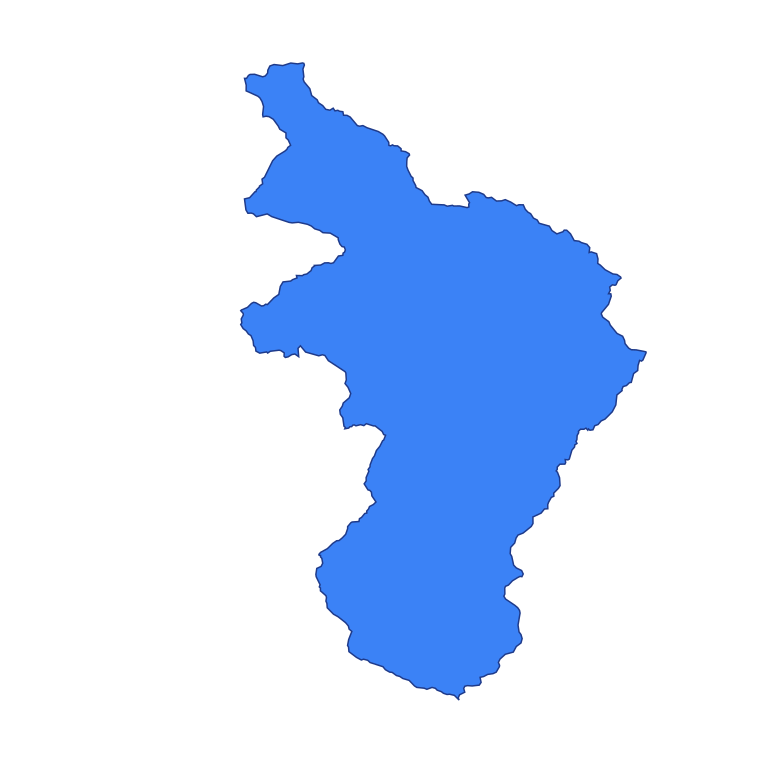 Dabeiba, Antioquia, Colombia, rotated 110°
{"feature_id": "7082276B69715084527622", "entity_name": "Dabeiba", "entity_type": "district", "adm_level": 2, "iso_a3": "COL", "parent_name": "Colombia", "parent_adm1": "Antioquia", "projection": "robinson", "projection_center": [-76.345, 6.943], "detail": "fine", "context": "isolated", "style": "filled", "palette": "blue", "viewbox_px": 768, "rotation_deg": 110, "n_neighbors": 0, "source": "geoboundaries", "source_scale": "gbopen_adm2", "svg_char_len": 6171}
<svg xmlns="http://www.w3.org/2000/svg" viewBox="0 0 768 768"><g transform="rotate(110 384 384)"><path d="M642.2,328.8L643.3,327.4L647.5,325.4L650.3,316.4L651.1,310.9L649.6,309.1L649.2,304.8L650.5,301.8L650.0,288.3L652.0,285.0L652.8,280.2L652.2,277.7L653.7,272.6L653.4,269.2L654.3,265.6L653.9,259.0L657.3,252.1L657.9,249.4L656.1,242.2L656.2,239.3L652.7,235.1L652.4,231.6L653.5,229.4L653.5,224.9L654.3,222.4L654.2,218.6L653.1,216.3L652.5,211.4L655.3,205.3L653.6,206.9L650.2,206.7L646.0,202.7L642.8,205.0L640.4,204.7L638.9,202.5L637.6,197.9L634.4,191.5L631.2,190.7L626.8,193.4L624.8,190.3L621.4,187.2L618.9,182.5L616.4,180.0L610.2,178.9L608.8,179.2L606.5,181.3L602.8,180.9L596.5,177.6L591.7,170.8L585.4,169.9L580.5,166.7L576.0,167.1L572.6,169.6L570.8,172.3L564.7,175.6L552.7,177.8L550.4,179.2L548.5,181.8L547.2,185.4L544.5,196.2L542.4,198.8L540.0,198.6L534.3,200.8L532.5,200.6L530.4,198.3L525.0,196.0L520.2,192.2L518.3,190.4L517.9,188.5L514.9,188.2L512.2,190.9L511.6,196.7L509.9,200.2L502.3,205.0L500.3,207.4L494.2,209.1L488.7,206.8L483.6,207.2L480.1,206.4L476.5,202.3L467.5,196.9L464.1,196.3L458.0,198.6L451.6,192.2L446.6,190.5L445.2,187.4L441.3,188.9L438.7,188.9L433.3,188.0L431.4,186.0L428.5,187.2L422.4,184.4L419.3,183.8L412.0,187.0L407.6,190.8L406.8,192.5L405.0,192.0L402.8,192.8L399.2,191.3L397.4,186.6L395.7,186.4L393.0,187.9L392.4,185.2L391.2,184.2L381.9,184.8L378.0,183.4L375.9,183.9L373.9,182.3L372.2,184.0L370.4,183.7L366.3,184.9L363.3,184.4L362.0,185.1L359.3,183.9L358.1,180.6L356.4,179.1L357.7,176.7L356.3,176.5L357.0,174.7L355.6,172.0L351.1,171.7L348.9,169.0L344.4,167.3L341.4,164.3L332.1,160.0L324.4,159.0L314.7,161.4L308.8,158.0L307.5,158.6L304.6,158.4L302.5,155.6L298.8,153.8L297.9,152.2L288.8,153.0L284.6,150.2L279.7,151.6L274.4,151.9L274.4,149.9L273.0,148.9L265.0,148.4L264.2,148.9L264.5,151.2L265.7,158.7L267.2,163.3L266.6,166.4L263.6,171.3L260.7,172.9L257.5,176.1L256.8,182.3L251.3,191.5L248.6,194.0L246.4,201.3L243.8,203.8L242.5,203.9L232.4,200.3L223.8,200.5L221.7,201.7L222.4,203.9L218.7,203.4L215.7,205.1L212.7,203.3L212.2,200.7L211.3,199.9L207.0,199.6L203.4,197.5L202.5,198.3L201.4,202.5L202.3,206.6L201.0,215.3L198.3,221.4L197.6,224.4L193.3,225.7L188.8,228.8L189.0,234.5L190.3,236.2L185.5,237.3L183.3,241.1L183.6,246.9L183.1,249.6L184.2,254.3L179.1,260.1L177.0,264.9L177.8,267.3L179.7,267.9L183.8,272.9L182.4,278.6L179.1,282.6L179.9,293.2L177.5,296.1L177.0,300.3L173.8,304.5L173.3,307.5L171.5,311.0L168.0,314.4L169.4,318.5L171.1,320.5L169.7,327.1L169.3,333.1L171.7,336.2L173.6,340.9L171.8,346.8L173.5,349.7L173.8,351.7L171.7,355.2L171.4,360.4L173.1,366.6L176.2,368.9L178.8,372.4L184.4,365.6L186.0,365.9L188.6,364.8L189.8,366.2L190.8,373.7L192.9,379.4L192.7,380.8L195.3,385.4L195.1,388.7L198.8,400.6L196.7,403.8L193.4,406.6L192.1,410.3L189.3,414.3L188.4,421.1L186.7,422.1L182.9,426.3L180.5,427.2L179.5,429.6L174.9,434.5L171.8,437.1L166.8,438.8L163.6,439.6L160.1,438.3L159.0,439.2L158.3,443.2L159.1,447.6L157.0,448.5L155.6,452.6L156.7,456.0L156.4,457.8L157.9,459.2L158.1,461.0L155.3,462.2L150.7,468.3L149.7,470.4L148.7,475.7L149.0,487.6L148.4,492.2L150.1,495.1L150.3,497.4L144.7,507.1L144.2,510.7L145.3,513.9L142.2,515.8L142.9,519.0L142.6,521.0L144.1,523.5L142.2,526.1L145.2,528.5L145.8,532.7L143.4,536.7L142.1,541.8L139.8,544.0L137.7,550.6L131.9,554.7L127.4,562.4L125.1,564.3L122.7,564.4L115.8,567.9L111.5,567.9L110.1,569.0L110.2,570.4L112.7,574.6L114.3,581.4L119.4,588.0L121.4,596.6L124.2,600.0L128.8,600.5L131.7,599.7L135.1,600.9L136.8,603.0L137.2,611.5L138.9,615.7L140.4,616.9L143.8,617.7L144.5,619.6L150.3,615.7L155.7,613.8L156.7,600.9L157.6,598.5L160.3,595.2L164.4,592.1L172.3,590.2L174.3,589.0L172.7,586.4L172.1,583.4L173.1,578.6L177.7,571.7L180.2,569.1L181.6,562.0L186.2,560.3L187.4,557.5L191.6,553.4L194.6,555.3L196.7,555.5L199.2,556.9L206.5,562.7L212.3,565.0L230.6,567.0L233.2,568.7L237.4,566.5L240.6,568.7L241.6,568.5L245.3,570.3L247.0,570.1L247.5,571.0L254.9,574.0L257.8,578.4L267.6,573.3L270.1,570.3L268.8,567.2L268.7,565.0L270.4,561.1L264.1,551.9L265.1,546.7L264.6,528.5L264.0,525.4L261.3,519.7L260.1,510.4L260.4,506.3L261.9,502.2L261.6,496.9L262.7,493.2L260.6,486.1L262.3,477.0L264.1,476.3L267.6,473.3L269.2,470.5L268.9,468.1L271.2,466.2L273.6,466.2L275.0,467.2L277.2,466.7L279.3,470.6L287.3,472.9L288.9,475.1L289.1,477.6L290.5,481.2L293.9,484.2L296.4,490.0L296.8,489.6L299.3,491.3L302.4,491.3L307.1,494.2L308.6,496.7L310.1,497.8L312.0,503.4L314.1,502.0L317.2,505.6L319.2,506.9L322.6,513.8L327.8,514.8L335.8,513.5L340.8,517.0L349.2,520.7L349.5,522.5L351.5,523.8L352.6,525.7L351.5,532.3L351.8,534.4L353.6,536.1L358.7,538.5L363.2,543.3L364.1,543.7L365.8,540.5L367.2,539.8L371.7,540.4L375.2,538.5L377.1,539.0L380.1,535.3L381.2,531.7L383.4,528.5L384.0,525.6L388.1,521.8L392.4,519.7L393.6,517.3L396.9,515.6L397.5,511.3L394.0,505.2L394.7,503.9L392.1,502.0L388.1,494.1L387.9,492.2L388.9,488.4L392.1,487.4L392.8,485.8L391.3,483.4L387.9,480.7L386.3,478.0L387.5,473.5L379.9,477.0L376.7,475.6L380.8,468.6L379.8,454.9L377.6,451.9L377.4,449.3L381.1,444.3L385.7,424.8L386.7,423.6L393.1,420.8L396.9,420.8L399.4,416.7L404.3,412.0L408.8,411.9L415.8,415.8L419.1,415.6L423.5,416.7L427.4,414.7L429.8,411.2L437.3,407.2L438.1,405.4L439.5,405.5L437.5,402.1L435.9,401.5L435.1,399.8L433.3,399.2L432.6,397.8L432.9,396.1L430.2,392.1L430.0,388.7L427.3,387.0L427.0,379.6L426.4,378.0L429.2,369.5L431.6,367.0L431.6,365.0L436.8,365.1L437.8,365.9L444.0,366.6L449.1,368.4L454.9,368.4L457.9,369.3L464.7,369.4L466.6,368.8L469.8,369.7L471.2,368.4L478.0,368.8L481.1,367.6L484.6,368.5L489.0,362.8L488.8,361.0L489.9,358.9L493.3,357.1L497.6,351.2L500.9,352.8L504.1,355.7L506.8,355.8L509.3,356.8L511.1,356.0L512.3,357.8L517.1,359.5L518.9,361.0L521.8,360.5L524.6,366.8L525.7,367.7L530.4,369.4L532.4,368.7L538.3,368.6L542.9,370.6L546.5,372.7L547.5,374.9L551.4,377.7L558.1,380.9L563.9,386.0L566.3,386.9L567.1,386.4L566.8,385.0L568.2,384.5L569.1,382.8L573.4,380.3L576.9,380.7L580.3,384.1L586.2,382.9L588.3,381.8L594.5,375.4L596.8,375.4L597.4,374.0L600.1,373.0L602.8,366.1L604.4,365.0L607.9,364.3L609.7,362.6L613.7,360.8L617.6,352.7L618.4,347.6L621.4,338.5L623.5,334.8L626.3,332.9L627.5,329.6L636.2,329.8L642.2,328.8Z" fill="#3b82f6" stroke="#1e3a8a" stroke-width="1.5"/></g></svg>